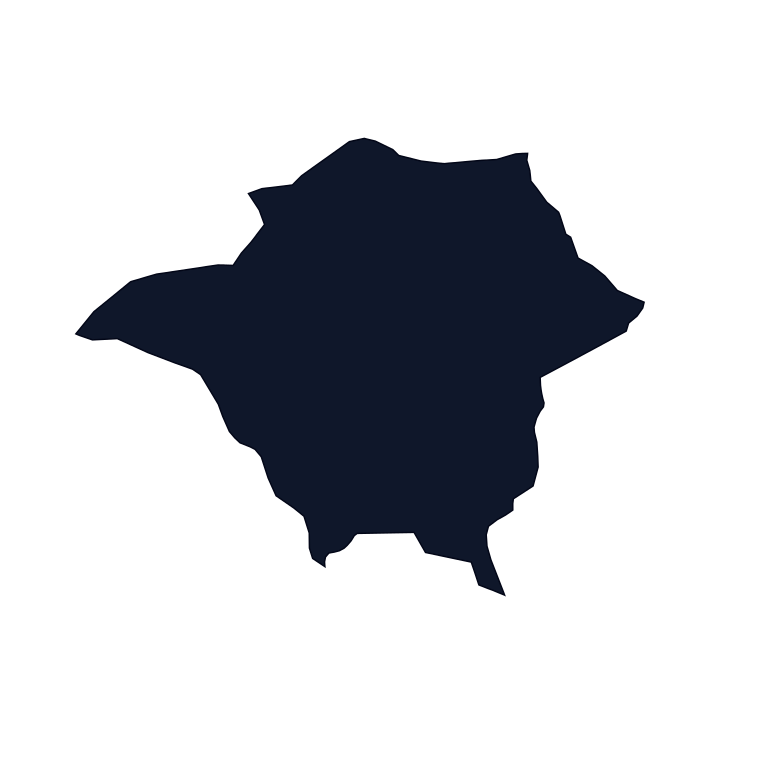 Jebel Moon, Western Darfur, Sudan, rotated 250°
{"feature_id": "16777658B1532389349494", "entity_name": "Jebel Moon", "entity_type": "district", "adm_level": 2, "iso_a3": "SDN", "parent_name": "Sudan", "parent_adm1": "Western Darfur", "projection": "equal_earth", "projection_center": [22.923, 14.08], "detail": "fine", "context": "isolated", "style": "filled", "palette": "ink", "viewbox_px": 768, "rotation_deg": 250, "n_neighbors": 0, "source": "geoboundaries", "source_scale": "gbopen_adm2", "svg_char_len": 2715}
<svg xmlns="http://www.w3.org/2000/svg" viewBox="0 0 768 768"><g transform="rotate(250 384 384)"><path d="M566.7,181.1L566.6,180.5L566.2,179.3L558.8,158.2L551.2,136.2L536.5,111.6L536.4,111.7L534.8,113.4L533.8,114.5L525.2,125.1L519.1,144.9L517.9,148.9L494.1,173.1L475.5,194.6L463.5,209.1L455.5,214.9L421.7,221.4L408.6,221.4L392.2,222.5L384.4,225.4L378.0,228.6L370.7,236.8L366.7,240.5L357.6,243.8L335.3,243.0L315.9,244.4L298.3,256.9L287.1,263.6L274.5,263.0L269.6,262.8L255.3,257.8L244.5,257.3L234.4,264.7L232.6,266.0L234.5,266.5L237.2,267.3L241.4,269.8L244.0,274.3L243.7,276.4L243.1,279.7L242.6,285.1L243.4,290.4L245.0,294.2L247.9,299.4L251.7,304.2L252.8,307.7L240.2,344.4L234.3,361.5L211.5,365.4L186.8,405.1L176.7,404.9L170.3,404.7L164.3,404.5L162.7,404.5L159.4,408.3L156.2,411.9L152.7,416.1L152.3,416.5L151.8,417.0L144.6,424.9L144.4,425.1L146.5,425.1L168.8,424.6L182.3,424.3L196.4,425.3L207.4,428.5L214.6,433.5L217.8,443.9L219.3,453.3L221.5,461.9L227.6,464.1L231.9,466.3L237.2,489.2L253.2,500.4L263.4,503.7L277.1,507.7L287.1,508.8L292.2,510.2L298.2,514.5L299.8,515.7L305.0,521.4L308.0,526.0L311.5,527.9L316.0,528.2L321.2,528.9L324.9,529.6L329.2,530.6L336.8,533.0L341.0,562.6L345.5,593.6L350.9,629.7L357.6,634.7L361.3,645.0L366.9,653.1L371.9,656.4L378.1,649.6L392.1,635.2L410.0,628.4L424.0,619.9L436.0,609.4L458.1,609.6L462.6,606.1L482.0,606.9L485.7,606.8L499.2,599.1L515.6,594.4L524.5,591.4L529.9,592.8L534.9,594.0L544.0,594.6L545.5,594.7L550.7,597.4L551.4,597.7L551.6,597.8L553.2,593.1L555.1,586.5L555.2,585.5L556.4,566.7L557.5,563.0L559.2,557.2L560.1,554.4L560.8,552.1L561.1,550.9L561.2,550.7L561.9,548.0L562.5,545.8L562.8,544.7L564.6,538.0L565.0,536.4L565.4,534.9L566.0,532.6L567.6,526.5L569.2,520.8L570.4,516.0L570.6,515.7L571.2,514.3L571.4,513.9L571.6,513.5L571.9,513.0L571.9,512.8L574.0,508.5L580.8,495.1L593.7,476.0L601.1,472.5L615.2,458.9L620.5,450.9L621.5,449.5L623.5,435.0L623.6,434.4L617.6,412.9L612.0,392.6L607.9,377.9L604.4,370.4L602.5,366.4L602.3,365.9L602.6,364.9L602.9,363.5L603.0,363.1L603.1,362.8L603.1,362.5L607.5,343.6L608.4,340.1L608.5,339.5L609.3,336.1L609.3,331.7L609.3,326.8L609.3,321.8L590.2,326.3L583.0,326.3L575.4,326.3L574.7,326.3L567.5,315.0L567.1,314.5L566.4,313.4L564.8,310.9L563.0,308.0L562.8,307.8L562.5,307.1L562.1,306.5L561.8,305.9L561.6,305.6L561.5,305.3L561.2,304.8L560.9,304.3L560.6,303.7L558.4,299.6L555.8,294.8L551.7,289.2L550.2,287.2L550.0,286.8L547.0,282.8L547.6,281.3L547.9,280.7L548.4,279.3L550.2,274.8L550.5,274.2L550.7,273.6L551.0,272.8L551.9,270.4L552.1,270.0L552.4,269.2L552.6,268.6L554.9,257.6L556.0,251.8L561.2,226.4L562.1,222.0L562.6,219.3L565.0,208.0L565.7,197.5L566.3,187.5L566.7,181.9L566.7,181.1Z" fill="#0f172a" stroke="#020617" stroke-width="1.5"/></g></svg>